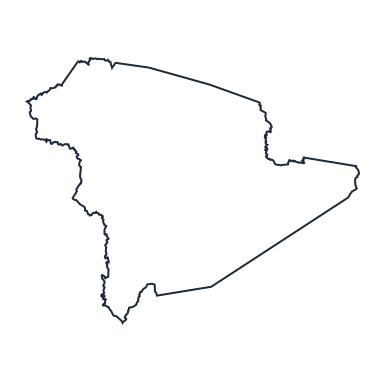 the district of Las Minas, Herrera, Panama, rotated 271°
{"feature_id": "35544464B70726679944443", "entity_name": "Las Minas", "entity_type": "district", "adm_level": 2, "iso_a3": "PAN", "parent_name": "Panama", "parent_adm1": "Herrera", "projection": "orthographic", "projection_center": [-80.794, 7.719], "detail": "fine", "context": "isolated", "style": "outline", "palette": "slate", "viewbox_px": 384, "rotation_deg": 271, "n_neighbors": 0, "source": "geoboundaries", "source_scale": "gbopen_adm2", "svg_char_len": 5876}
<svg xmlns="http://www.w3.org/2000/svg" viewBox="0 0 384 384"><g transform="rotate(271 192 192)"><path d="M279.6,25.3L278.6,26.8L275.8,29.5L273.8,29.0L270.2,29.6L269.0,28.4L264.9,29.4L262.3,32.2L262.8,34.8L261.8,36.1L259.8,36.0L258.8,36.2L257.4,35.9L256.6,36.1L254.9,35.7L253.7,35.7L252.1,34.9L250.1,35.8L248.9,36.0L248.2,35.7L247.7,34.9L247.1,34.7L243.6,35.1L242.9,35.5L242.5,36.6L242.6,38.5L241.8,39.8L242.1,41.0L241.8,42.8L241.9,43.9L239.7,45.6L240.3,45.9L241.7,45.4L242.2,45.7L241.2,47.7L241.3,49.3L238.4,49.9L237.9,50.2L237.6,50.7L237.6,51.0L238.6,52.1L239.4,52.7L239.7,54.5L239.3,55.1L239.6,56.7L237.8,57.2L237.3,57.6L237.1,58.4L237.7,59.3L237.8,59.9L236.7,60.7L236.2,61.8L237.2,63.2L237.6,64.3L237.7,65.4L237.2,66.4L237.6,67.3L237.1,67.8L235.1,68.3L234.6,68.6L233.3,69.1L233.1,69.9L234.3,72.4L233.7,73.0L232.6,73.1L232.1,74.4L231.1,74.6L230.4,75.7L229.0,75.2L228.0,77.2L227.0,77.8L225.5,76.1L225.0,76.1L224.0,76.5L223.4,77.0L223.3,78.0L222.4,79.6L221.7,80.4L220.4,79.3L217.2,78.6L216.5,78.9L215.2,80.4L214.8,80.2L214.3,80.5L212.1,80.2L210.6,80.3L209.5,79.9L207.5,80.1L206.4,79.6L203.7,80.2L202.9,81.0L202.4,81.1L201.1,81.3L200.5,80.9L199.6,81.0L199.1,80.7L198.6,80.8L198.3,80.0L197.7,79.8L197.4,79.2L196.9,79.1L196.4,78.5L195.7,78.2L195.3,77.8L194.5,77.7L193.1,76.5L192.1,76.3L190.5,76.9L189.7,76.1L188.3,75.6L185.9,73.9L185.3,73.7L184.2,72.9L183.7,72.8L183.0,73.2L182.6,73.8L181.9,75.4L181.9,76.4L177.9,80.1L175.1,84.8L173.9,85.4L171.7,85.3L171.2,87.2L168.1,88.5L167.6,89.9L166.8,90.1L167.1,91.9L169.0,93.0L169.6,94.4L169.3,95.6L170.5,96.6L169.5,97.3L169.5,97.8L168.8,99.2L167.7,99.5L167.6,101.5L166.4,103.1L165.7,103.3L165.5,102.6L164.6,102.3L162.6,104.0L161.2,103.6L159.8,103.9L158.9,104.5L157.2,105.1L156.9,106.6L156.6,106.9L152.9,105.2L151.6,105.1L150.4,105.4L148.7,105.1L147.9,105.7L148.3,107.0L148.1,107.6L146.3,107.5L143.8,109.4L143.4,109.2L142.7,107.4L141.9,107.3L140.5,108.2L140.0,108.3L137.4,106.1L135.1,107.3L133.5,106.9L130.9,106.9L128.4,107.6L127.7,107.4L126.7,106.2L126.0,106.0L124.6,106.4L124.2,106.7L125.1,108.2L125.0,109.0L123.3,109.1L121.5,109.9L120.3,110.0L120.0,109.8L119.9,109.5L120.4,108.2L120.2,107.7L119.8,107.5L118.8,107.8L117.5,108.7L115.8,108.2L113.1,109.9L105.8,109.7L105.3,108.4L104.2,106.9L104.4,106.6L105.7,106.4L107.1,104.4L107.3,103.5L107.1,103.2L105.7,103.7L104.0,103.6L103.3,104.5L100.7,106.2L99.6,106.1L96.7,104.9L96.0,105.2L95.5,106.1L95.1,106.3L92.2,105.2L89.0,105.9L87.9,103.5L87.3,103.2L86.4,103.1L85.9,103.6L86.8,105.3L86.6,106.3L86.4,106.5L84.8,105.0L83.5,104.9L83.2,105.3L83.6,107.3L83.1,107.7L81.4,106.9L79.3,107.0L78.9,106.6L78.2,105.1L77.3,104.9L76.9,105.4L77.0,107.6L75.7,109.3L75.5,110.6L73.9,111.3L71.5,113.2L67.3,115.6L66.8,116.3L66.6,118.2L65.9,119.3L62.0,123.7L59.9,124.9L61.0,125.4L62.4,127.6L63.4,128.0L63.9,128.5L64.3,128.3L65.0,127.1L66.6,127.2L67.6,128.3L68.7,128.5L69.4,129.7L71.5,130.3L72.1,130.0L73.0,130.8L75.0,131.0L75.5,131.8L75.6,133.8L77.3,136.8L78.3,138.2L80.6,138.8L82.3,140.3L83.8,140.0L85.0,140.5L85.9,140.3L86.9,141.5L87.4,141.3L87.9,141.5L88.7,141.0L89.6,141.6L91.1,141.9L91.4,142.4L91.3,143.2L91.6,143.6L93.3,144.3L94.4,145.3L95.4,146.9L96.5,148.0L98.3,148.6L98.9,149.2L99.5,153.0L99.1,155.5L98.7,156.1L98.2,156.4L94.7,156.5L91.8,156.8L91.2,157.2L90.8,157.8L87.8,158.8L97.6,212.9L189.3,348.4L192.3,349.9L195.5,352.1L196.6,354.4L197.9,356.3L198.4,356.7L199.7,356.0L202.5,355.2L207.0,354.8L208.1,355.1L209.2,355.6L209.8,357.1L211.4,357.1L212.1,357.5L212.4,358.3L213.7,358.7L216.9,357.8L219.5,355.5L220.7,355.7L228.2,304.4L228.6,303.4L228.0,302.8L226.8,302.8L226.5,303.0L225.9,302.1L225.2,301.7L224.9,302.0L224.9,302.9L223.9,302.8L223.3,303.7L222.8,303.4L222.8,301.4L223.6,299.7L223.2,298.9L223.1,297.9L223.8,296.6L224.0,295.4L225.0,294.2L224.9,293.7L224.3,293.4L224.2,293.1L225.2,292.1L224.6,290.2L225.4,289.5L225.6,288.9L225.1,288.5L223.8,288.2L223.1,287.6L221.3,287.6L220.6,282.1L220.2,280.3L220.5,279.4L220.7,276.6L221.2,274.9L222.4,273.9L223.6,273.7L225.3,272.2L225.7,271.3L225.4,269.8L226.3,269.4L226.5,267.4L227.6,266.7L227.9,265.7L228.7,265.3L229.1,265.5L229.5,266.3L230.6,266.6L231.0,266.0L231.5,265.8L232.0,265.2L232.5,265.2L233.9,265.7L235.4,264.5L235.6,264.9L235.4,266.2L236.0,266.6L237.4,266.1L237.7,264.7L238.3,264.4L238.6,264.6L239.0,265.3L239.5,265.6L240.5,266.5L241.0,265.3L241.9,265.1L242.3,264.7L243.2,264.8L243.7,265.3L244.3,264.8L245.0,265.1L246.1,264.6L247.9,265.3L248.2,265.0L247.7,264.1L247.9,263.8L249.0,264.1L249.9,263.9L250.2,264.1L250.2,265.4L250.4,265.8L251.9,265.2L253.6,265.6L253.6,266.9L254.1,267.8L253.2,269.3L253.3,269.6L253.9,269.7L254.7,269.2L255.9,269.8L257.0,269.0L257.9,270.4L258.6,270.6L260.4,269.6L261.5,269.3L261.8,268.8L262.9,267.8L264.9,264.7L266.3,265.0L267.2,264.4L269.6,263.9L271.1,264.4L272.2,264.3L272.9,263.5L274.4,260.4L275.2,259.1L275.7,259.0L277.2,259.5L278.5,258.7L279.7,259.3L280.5,257.7L282.1,258.3L282.9,257.2L299.6,208.0L315.7,146.4L319.8,113.3L314.7,109.9L316.8,109.4L317.9,108.7L320.4,108.3L320.7,107.0L321.8,106.5L322.0,105.6L322.6,105.4L321.9,104.7L321.9,102.9L323.4,102.1L323.0,100.9L323.4,100.1L323.2,98.4L323.6,96.1L323.1,94.9L323.7,94.0L323.9,92.7L323.2,90.6L323.9,89.5L324.1,87.9L323.7,87.4L322.7,87.9L322.1,87.8L321.7,87.2L320.6,86.4L318.9,86.2L317.7,86.6L317.5,86.2L317.9,85.6L319.1,84.9L319.3,83.9L320.5,82.7L320.1,80.0L321.2,79.1L321.1,78.8L319.7,77.5L320.6,76.7L320.6,76.1L319.8,75.2L297.8,60.4L297.2,60.0L296.4,60.2L296.1,60.1L296.5,59.3L296.4,58.8L297.4,57.1L297.0,55.4L296.8,55.3L296.0,55.4L295.5,54.2L294.2,53.8L294.3,53.0L293.6,51.9L293.2,50.6L293.5,48.7L292.3,48.3L291.0,47.3L289.8,45.8L288.9,45.1L289.6,43.8L288.3,41.0L288.0,40.7L286.9,40.5L286.4,40.0L287.7,39.0L286.8,37.8L286.7,37.0L286.0,36.7L284.6,35.3L282.4,35.0L282.1,34.7L282.2,33.6L283.8,32.6L284.2,32.0L283.9,31.7L282.9,31.7L282.5,31.4L282.2,31.0L282.1,29.4L280.9,29.0L280.6,28.7L280.2,26.5L279.6,25.3Z" fill="none" stroke="#1e293b" stroke-width="2"/></g></svg>